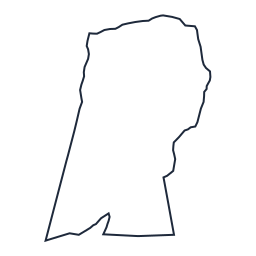 the district of Santo Inácio, Paraná, Brazil
{"feature_id": "56859067B19800115986523", "entity_name": "Santo Inácio", "entity_type": "district", "adm_level": 2, "iso_a3": "BRA", "parent_name": "Brazil", "parent_adm1": "Paraná", "projection": "robinson", "projection_center": [-51.799, -22.725], "detail": "fine", "context": "isolated", "style": "outline", "palette": "slate", "viewbox_px": 256, "rotation_deg": 0, "n_neighbors": 0, "source": "geoboundaries", "source_scale": "gbopen_adm2", "svg_char_len": 1117}
<svg xmlns="http://www.w3.org/2000/svg" viewBox="0 0 256 256"><path d="M89.4,33.3L87.5,40.9L86.7,46.0L88.1,49.3L88.9,54.1L88.1,58.9L84.6,67.0L83.8,72.2L84.1,76.3L82.7,80.9L81.4,84.6L80.1,90.0L81.4,98.1L82.1,101.9L81.1,104.6L79.6,108.7L76.8,120.8L74.3,131.1L67.9,155.6L66.4,161.0L45.6,240.6L69.6,233.3L78.8,234.8L90.2,227.9L93.3,225.2L95.9,224.1L101.1,218.2L108.6,213.4L109.6,216.9L108.6,220.9L107.5,223.9L106.5,227.3L103.3,234.3L138.1,236.1L174.0,234.8L168.0,201.8L164.2,181.1L163.5,177.4L167.1,175.8L173.2,170.9L175.2,159.1L174.2,154.5L173.1,150.2L173.4,145.8L173.8,142.4L178.9,137.2L184.6,130.5L187.9,129.4L190.7,127.3L195.3,126.5L197.4,122.2L200.9,108.6L203.6,101.9L204.1,96.0L204.2,91.9L206.6,89.0L206.7,86.1L208.2,83.3L209.8,80.5L210.4,77.0L210.0,71.4L206.0,68.0L203.7,64.6L202.4,59.8L200.6,46.8L198.2,39.1L197.4,33.3L197.0,30.1L194.9,26.3L185.3,25.5L179.7,19.0L172.1,16.9L163.1,15.4L160.6,15.7L155.7,17.1L152.1,18.5L148.6,20.7L142.8,21.0L135.3,22.0L128.0,23.4L122.4,24.7L118.7,27.1L115.4,28.8L110.0,29.0L104.4,30.0L100.4,32.1L97.0,33.7L93.3,33.6L89.4,33.3Z" fill="none" stroke="#1e293b" stroke-width="2"/></svg>